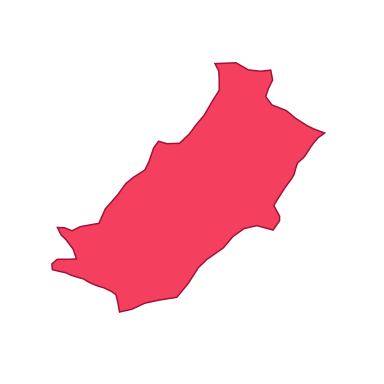 outline of Kato Dikomo, Cyprus, rotated 306°
{"feature_id": "46923920B88544101025022", "entity_name": "Kato Dikomo", "entity_type": "district", "adm_level": 2, "iso_a3": "CYP", "parent_name": "Cyprus", "parent_adm1": "", "projection": "equal_earth", "projection_center": [33.315, 35.258], "detail": "fine", "context": "isolated", "style": "filled", "palette": "rose", "viewbox_px": 384, "rotation_deg": 306, "n_neighbors": 0, "source": "geoboundaries", "source_scale": "gbopen_adm2", "svg_char_len": 1174}
<svg xmlns="http://www.w3.org/2000/svg" viewBox="0 0 384 384"><g transform="rotate(306 192 192)"><path d="M208.9,280.0L220.3,279.7L223.9,277.1L229.2,266.1L235.3,265.6L241.8,265.2L249.9,264.7L256.4,264.7L261.7,264.7L266.1,264.3L271.8,262.1L277.5,260.3L285.6,262.1L290.1,262.1L297.0,261.6L303.1,261.6L310.0,262.1L317.7,264.7L314.8,254.4L313.3,246.1L312.5,232.9L313.3,220.4L309.4,205.5L312.5,195.6L320.1,193.1L330.0,191.4L336.9,184.0L330.0,176.5L323.9,165.8L322.4,151.7L309.4,135.1L305.6,142.6L299.5,147.5L290.4,154.2L278.2,155.0L261.4,156.7L248.5,155.8L237.8,155.8L224.1,153.3L216.4,143.4L213.4,135.1L205.0,135.1L191.3,139.3L182.1,140.9L169.2,135.9L160.0,133.5L145.6,133.5L127.3,131.8L112.0,135.1L98.3,122.0L90.1,117.7L88.1,109.8L84.2,104.0L80.3,111.4L79.3,118.3L75.9,129.4L70.0,137.9L65.7,132.6L58.3,122.5L51.5,120.9L47.1,124.6L50.1,132.0L52.5,137.3L53.5,142.6L55.4,148.5L57.9,155.4L58.3,160.7L59.3,166.0L60.8,171.8L62.7,177.1L64.2,185.0L64.2,190.9L58.8,197.2L52.3,203.9L62.2,212.5L74.1,219.0L85.0,228.7L97.9,241.6L115.7,242.7L134.5,241.6L146.4,243.7L165.3,250.2L180.1,251.3L193.0,255.6L202.9,264.2L208.9,280.0Z" fill="#f43f5e" stroke="#9f1239" stroke-width="1.5"/></g></svg>